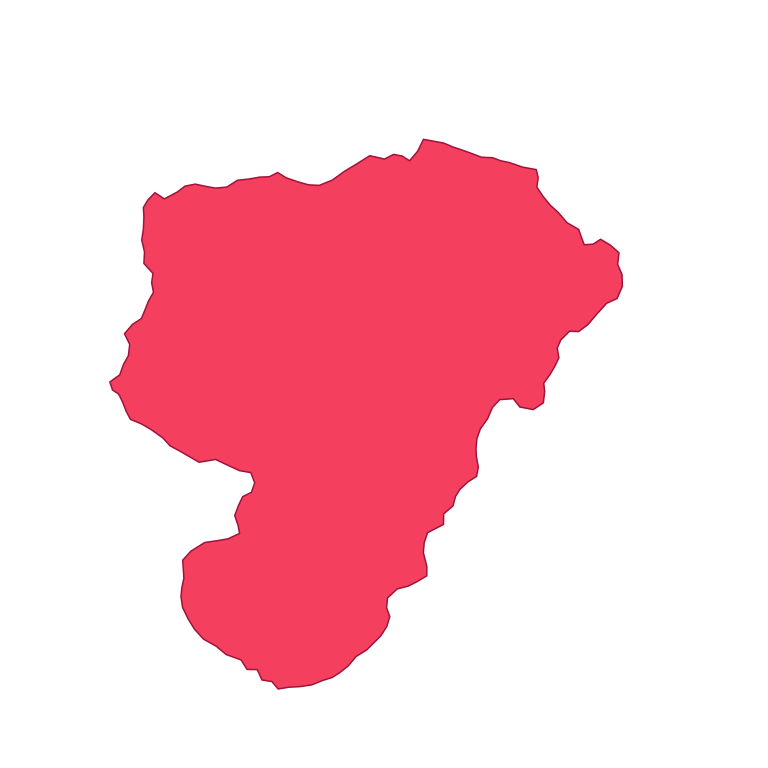 the district of Visconde do Rio Branco, Minas Gerais, Brazil, rotated 250°
{"feature_id": "56859067B8561147773652", "entity_name": "Visconde do Rio Branco", "entity_type": "district", "adm_level": 2, "iso_a3": "BRA", "parent_name": "Brazil", "parent_adm1": "Minas Gerais", "projection": "robinson", "projection_center": [-42.844, -21.023], "detail": "fine", "context": "isolated", "style": "filled", "palette": "rose", "viewbox_px": 768, "rotation_deg": 250, "n_neighbors": 0, "source": "geoboundaries", "source_scale": "gbopen_adm2", "svg_char_len": 2259}
<svg xmlns="http://www.w3.org/2000/svg" viewBox="0 0 768 768"><g transform="rotate(250 384 384)"><path d="M189.1,358.6L198.0,361.9L212.1,363.3L221.1,367.5L229.4,374.1L231.7,391.9L241.6,395.7L245.8,407.1L253.8,412.7L259.0,419.3L263.4,429.6L265.5,439.4L273.6,444.2L284.2,446.0L291.5,448.2L300.8,452.6L308.9,459.2L315.9,469.4L324.9,477.9L329.7,487.4L326.0,500.4L315.9,503.8L308.9,515.5L311.8,527.3L321.9,532.4L330.1,534.4L336.3,543.5L342.3,550.7L348.8,557.3L358.5,559.1L365.0,565.3L370.1,576.5L366.7,584.9L370.1,595.9L376.9,607.9L383.7,620.8L384.6,632.3L394.3,641.4L405.4,645.1L416.6,644.5L426.9,649.7L437.1,644.2L445.9,637.0L443.9,628.3L446.4,619.8L454.2,619.7L462.7,619.8L472.9,611.2L485.4,606.5L495.2,601.4L505.7,597.7L516.8,595.0L525.3,599.5L533.4,600.4L540.4,588.4L549.2,577.6L553.8,570.1L559.5,563.5L563.8,553.1L571.6,544.1L577.8,536.6L583.0,530.0L590.0,522.5L595.2,513.7L600.4,504.8L591.2,495.2L585.0,484.4L592.0,479.0L596.5,471.5L595.2,461.4L603.4,448.8L599.8,431.9L597.3,419.1L593.3,405.2L592.8,391.1L596.9,381.3L603.4,372.3L611.0,362.8L619.1,356.4L618.0,347.0L620.9,338.1L622.8,327.3L625.6,315.9L622.8,303.7L625.8,292.5L631.0,283.6L636.4,275.0L638.0,264.7L635.1,255.4L633.1,240.9L642.1,234.2L637.8,225.2L632.1,218.2L623.0,215.5L611.5,210.7L602.2,205.6L590.0,204.1L579.4,199.6L566.9,204.7L558.6,200.3L549.0,198.7L542.5,191.0L535.0,184.4L528.5,178.4L526.1,168.1L520.0,157.3L508.2,158.6L498.1,153.5L491.6,146.0L483.0,138.8L479.7,127.1L471.3,126.8L465.1,131.3L455.8,132.2L446.4,132.4L437.4,133.7L429.8,142.1L421.2,149.3L409.0,157.7L398.9,161.9L391.6,168.5L383.7,175.1L373.7,183.5L370.7,199.9L359.8,210.7L352.0,218.6L346.3,228.5L335.4,228.7L327.6,222.4L326.5,212.7L319.5,205.6L311.4,198.7L301.1,198.5L293.0,197.2L291.9,184.4L294.0,172.7L296.4,161.5L293.0,145.4L287.3,134.6L278.1,131.9L269.9,129.5L261.8,124.4L253.6,120.5L243.0,118.3L230.4,119.6L218.6,122.0L206.0,127.1L195.1,136.5L183.7,143.2L173.6,155.3L162.6,157.7L159.0,167.2L147.6,168.1L142.7,176.9L133.6,180.2L131.6,191.0L128.4,201.4L126.0,213.1L126.4,224.8L125.9,234.7L127.9,243.7L131.3,253.9L137.5,264.7L140.1,277.0L144.0,285.4L148.4,294.9L155.2,303.7L163.4,309.9L172.8,309.9L181.7,314.1L186.9,326.2L185.8,337.5L186.9,347.0L189.1,358.6Z" fill="#f43f5e" stroke="#9f1239" stroke-width="1.5"/></g></svg>